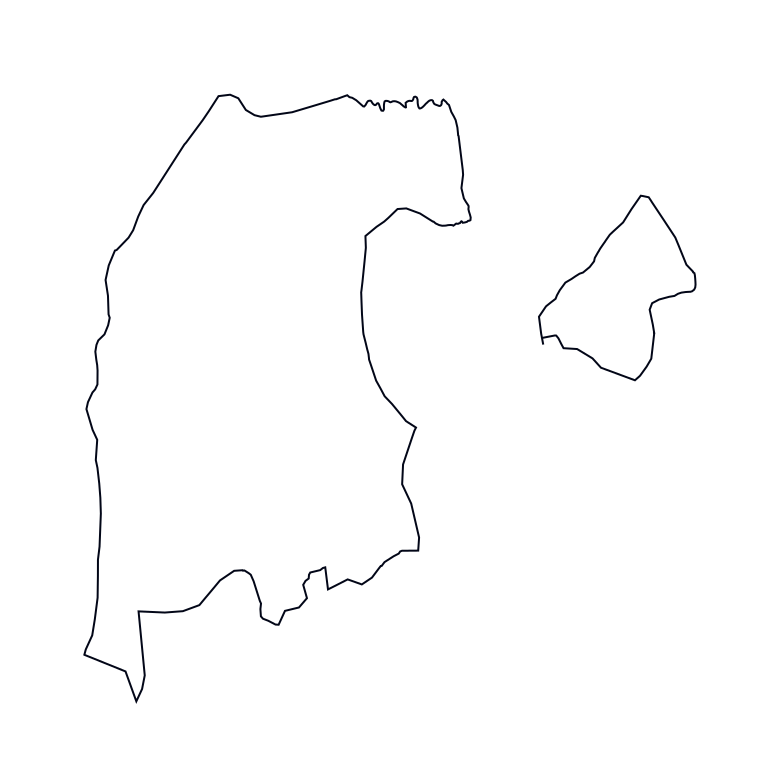 outline of Mudhaykhirah, Ibb, Yemen, rotated 176°
{"feature_id": "15242507B26133929095382", "entity_name": "Mudhaykhirah", "entity_type": "district", "adm_level": 2, "iso_a3": "YEM", "parent_name": "Yemen", "parent_adm1": "Ibb", "projection": "natural_earth1", "projection_center": [43.933, 13.859], "detail": "fine", "context": "isolated", "style": "outline", "palette": "ink", "viewbox_px": 768, "rotation_deg": 176, "n_neighbors": 0, "source": "geoboundaries", "source_scale": "gbopen_adm2", "svg_char_len": 4858}
<svg xmlns="http://www.w3.org/2000/svg" viewBox="0 0 768 768"><g transform="rotate(176 384 384)"><path d="M355.1,338.3L364.6,345.4L368.0,350.3L377.4,363.5L384.2,371.7L387.8,379.8L389.3,383.0L391.6,387.9L395.0,401.1L395.9,404.6L397.2,409.5L397.2,410.9L397.4,415.1L397.9,417.7L398.3,419.6L399.4,426.3L400.9,434.6L401.0,435.3L401.0,435.7L401.1,437.3L401.1,450.1L401.1,454.5L400.7,467.7L400.4,475.7L400.4,476.8L399.9,479.2L398.3,487.7L394.9,507.4L392.6,521.1L392.2,532.9L380.5,541.3L372.5,546.0L368.2,549.3L358.3,557.6L349.5,557.6L342.0,554.2L336.2,551.6L323.9,542.6L323.2,542.5L321.3,540.6L317.9,538.7L314.9,537.8L311.3,537.7L309.1,538.0L307.0,538.0L305.0,537.8L303.7,537.1L300.8,539.0L299.6,538.7L298.7,538.7L298.2,539.0L297.4,539.1L296.9,539.3L296.4,540.1L295.5,540.9L294.8,540.5L294.3,539.4L293.2,539.4L291.6,539.6L289.9,540.0L288.7,540.9L287.1,541.0L286.3,541.5L285.9,544.1L286.5,547.2L287.2,550.0L287.6,552.6L287.2,554.7L287.3,556.0L289.6,560.0L291.4,563.6L293.1,574.0L290.5,587.2L290.5,591.9L292.3,626.2L292.7,626.9L292.7,628.6L292.9,634.7L294.1,642.2L295.6,645.9L297.9,650.8L299.7,657.8L301.3,659.3L302.3,660.9L304.9,663.6L305.7,663.1L306.8,661.4L306.9,659.6L307.5,658.3L308.4,657.6L309.5,657.5L311.7,658.5L312.6,658.9L313.4,659.3L314.2,659.8L314.7,660.6L315.2,661.7L315.4,663.0L316.1,663.7L317.0,663.9L318.0,663.8L319.1,663.4L320.3,662.6L321.6,661.5L322.8,660.6L324.1,659.3L325.7,657.9L327.3,656.8L328.5,656.4L329.4,656.4L329.8,657.0L330.2,657.8L330.5,658.9L330.7,660.6L330.8,662.1L330.7,663.8L330.7,665.4L331.0,666.5L331.3,667.5L332.5,668.4L333.2,668.4L334.0,668.2L334.6,667.3L335.0,665.9L335.7,664.9L336.4,664.4L337.3,664.4L338.2,664.7L339.2,664.7L340.5,664.4L341.4,664.0L342.0,663.5L342.8,663.0L342.8,658.5L343.4,658.4L344.1,659.0L345.1,659.6L345.8,660.5L347.0,661.6L348.5,663.1L350.4,664.2L352.4,665.1L354.0,665.4L355.4,665.4L356.3,665.1L357.1,664.8L357.9,664.6L358.7,664.9L359.5,665.6L360.8,666.1L361.9,666.3L362.8,666.3L363.7,665.8L364.2,664.3L364.6,662.3L364.8,659.5L364.9,658.0L365.7,656.7L366.8,656.7L367.5,657.0L368.1,658.4L368.6,659.8L369.0,661.4L369.5,663.4L370.1,664.4L370.9,664.5L371.6,664.2L372.3,663.2L373.4,662.8L374.1,663.0L374.8,663.6L375.6,664.4L376.4,665.8L377.0,667.1L377.9,667.6L379.2,667.6L380.4,667.2L381.0,666.5L381.8,665.4L383.0,663.5L384.4,662.2L385.4,662.4L391.9,669.0L395.7,671.7L398.5,672.6L400.5,674.6L402.8,674.0L411.8,671.4L413.2,671.4L418.1,670.2L435.3,666.3L456.7,661.5L486.5,659.3L488.2,659.2L494.4,661.2L502.7,667.0L509.4,679.2L517.3,683.3L529.0,682.7L539.7,668.4L546.4,659.9L564.6,638.6L566.4,636.9L600.9,590.7L611.3,579.3L617.5,568.2L623.5,554.9L628.6,547.8L637.8,539.5L641.4,536.3L643.1,535.9L650.3,521.5L654.5,507.2L653.2,491.3L653.9,472.6L653.0,469.2L655.1,461.8L659.4,453.0L666.0,447.4L668.1,443.1L669.7,436.4L669.3,428.4L668.8,422.8L668.8,417.4L669.9,403.5L672.5,398.8L675.4,395.9L680.6,386.5L682.6,379.7L680.5,370.3L677.9,358.6L674.0,348.4L674.1,347.4L676.8,328.2L675.7,320.3L675.0,304.5L674.9,290.2L675.5,274.5L679.1,241.6L681.6,228.7L682.8,212.3L684.6,190.8L688.9,169.4L692.6,153.6L700.0,140.0L701.8,134.8L701.3,134.5L661.9,115.3L653.2,84.7L646.6,96.6L643.0,110.0L644.7,174.3L618.6,171.3L600.5,171.4L583.6,176.3L576.8,183.4L573.0,187.3L568.0,192.5L561.3,199.5L546.5,208.1L538.0,208.1L537.7,207.6L536.2,207.7L532.1,204.7L530.2,203.0L527.8,196.3L523.0,176.3L522.0,173.6L523.0,168.1L523.0,160.8L521.1,158.3L516.0,155.9L509.0,151.6L505.9,151.2L498.6,164.6L484.4,167.0L475.8,175.7L478.6,189.3L476.0,193.1L472.7,195.2L472.1,199.0L470.7,201.1L460.6,202.8L457.8,204.7L455.4,205.2L454.2,183.0L444.9,186.9L433.9,191.6L432.0,190.8L420.1,185.6L409.5,191.7L401.8,200.6L399.9,202.7L399.0,202.7L395.9,206.3L386.4,211.5L381.1,213.8L379.6,215.8L377.7,216.4L361.5,215.4L359.7,228.4L362.9,248.4L365.2,262.8L372.9,282.7L370.6,302.4L360.0,328.0L356.9,335.3L355.1,338.3ZM133.4,370.2L128.2,374.2L127.8,374.6L120.8,383.0L115.6,390.6L111.1,414.6L111.1,416.1L110.9,416.1L111.7,424.5L113.8,439.6L110.9,445.9L103.6,449.1L93.4,451.1L88.1,451.6L84.4,453.5L81.0,454.4L76.9,454.7L73.9,454.7L72.0,454.6L70.2,455.0L68.0,456.5L66.8,458.6L66.3,461.3L66.2,464.2L66.2,467.8L66.3,470.9L66.6,472.9L67.8,473.8L67.8,474.4L74.0,481.9L80.5,501.8L83.2,509.8L87.8,518.0L91.3,524.2L93.2,527.6L104.0,546.6L104.7,547.9L104.9,548.3L106.9,551.8L112.5,553.4L114.7,553.9L124.9,541.2L129.3,535.2L134.2,528.5L145.0,519.9L148.3,517.2L153.0,511.4L153.4,510.8L155.2,508.6L155.6,508.1L158.8,504.1L159.9,502.5L160.5,501.5L161.1,500.8L164.9,495.1L165.9,491.7L170.6,486.4L177.7,481.3L181.2,480.4L185.5,478.1L189.6,475.7L196.0,472.5L202.1,465.3L205.3,460.4L206.9,457.0L211.9,453.7L212.6,453.2L216.8,450.3L217.5,449.5L224.7,440.3L224.4,435.0L224.3,433.4L223.7,423.1L223.1,418.3L222.4,412.2L223.2,418.9L210.1,420.5L208.8,420.3L206.8,417.4L204.3,411.4L202.4,407.2L188.9,405.4L174.2,395.0L166.4,385.1L133.4,370.2Z" fill="none" stroke="#020617" stroke-width="2"/></g></svg>